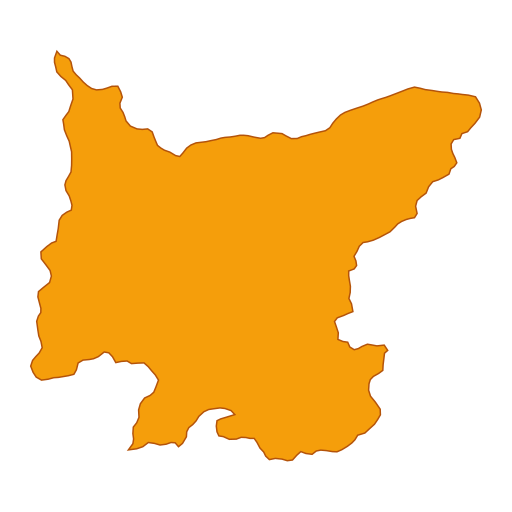 Santa Cruz de Salinas, Minas Gerais, Brazil
{"feature_id": "56859067B16259382882532", "entity_name": "Santa Cruz de Salinas", "entity_type": "district", "adm_level": 2, "iso_a3": "BRA", "parent_name": "Brazil", "parent_adm1": "Minas Gerais", "projection": "mercator", "projection_center": [-41.791, -16.046], "detail": "fine", "context": "isolated", "style": "filled", "palette": "amber", "viewbox_px": 512, "rotation_deg": 0, "n_neighbors": 0, "source": "geoboundaries", "source_scale": "gbopen_adm2", "svg_char_len": 4124}
<svg xmlns="http://www.w3.org/2000/svg" viewBox="0 0 512 512"><path d="M475.5,96.8L468.3,95.1L462.4,94.5L458.2,93.9L453.5,93.5L447.6,92.4L441.8,92.0L437.6,91.4L432.1,90.5L425.2,89.6L420.4,88.3L414.5,87.1L408.0,88.9L402.7,91.0L395.2,93.9L389.7,96.0L385.8,97.4L381.8,98.6L377.8,99.9L372.7,102.0L368.6,103.9L363.1,106.1L356.6,108.2L350.4,110.3L344.9,112.4L340.5,115.0L336.3,119.0L332.8,123.2L329.9,127.7L325.5,130.7L319.3,132.1L314.3,133.3L310.0,134.4L305.9,135.7L301.5,136.7L297.3,138.5L291.3,138.6L285.8,135.8L282.0,133.6L277.7,133.2L272.9,132.8L268.0,135.3L264.6,137.6L260.6,138.3L254.0,137.1L248.0,135.7L243.9,135.3L239.8,135.3L235.4,136.2L230.1,137.0L225.0,137.4L220.9,138.1L216.1,139.6L211.0,140.6L206.0,141.7L196.0,142.9L190.9,145.0L186.7,148.1L182.9,153.0L179.8,156.5L175.6,155.6L169.8,152.1L164.4,150.2L160.9,148.1L157.5,145.4L155.7,141.2L154.0,137.0L152.2,131.9L147.7,128.9L142.3,129.4L137.0,128.9L130.4,126.1L126.0,120.9L124.7,116.7L123.0,112.4L120.2,108.0L119.9,103.2L122.3,97.2L120.7,91.9L117.8,86.2L111.9,86.3L107.2,88.0L102.6,89.4L96.5,89.9L91.6,88.5L87.1,85.5L83.2,82.0L79.7,78.1L76.1,74.7L73.1,71.1L71.9,66.5L71.0,62.1L68.9,58.6L64.9,56.3L60.3,55.2L56.9,51.3L54.5,58.0L54.5,62.3L55.7,66.9L56.8,71.9L60.9,76.5L65.7,80.4L68.5,84.6L72.4,89.8L73.0,99.0L70.8,105.3L68.8,111.6L66.0,115.3L62.9,119.7L63.7,124.5L64.4,129.8L66.7,135.7L69.2,141.2L70.4,146.6L71.6,151.8L71.7,159.0L71.6,165.4L71.0,172.0L68.4,176.7L66.0,180.7L64.9,184.9L66.0,190.6L69.2,195.9L70.9,201.0L72.0,205.3L71.3,210.1L66.7,212.2L62.2,215.4L59.2,220.2L58.2,228.9L57.2,234.5L56.1,241.3L51.6,243.0L46.8,246.6L40.9,251.9L41.3,258.8L45.9,264.8L50.1,270.5L51.4,276.1L49.6,282.5L43.0,287.8L38.5,291.6L37.9,296.9L39.5,303.1L40.9,308.4L40.8,312.6L38.4,316.1L36.7,321.3L37.9,330.2L38.8,335.9L41.0,341.5L42.2,347.7L39.2,353.0L35.8,356.6L32.6,360.4L30.7,366.1L33.1,372.3L36.2,377.1L41.5,380.1L48.2,379.2L53.7,377.7L58.3,377.4L63.1,376.6L68.4,375.7L73.9,374.3L76.4,369.8L78.1,363.0L83.0,360.1L89.4,359.5L93.6,358.7L98.4,356.6L104.2,352.0L108.8,352.8L112.5,356.7L115.8,362.6L121.4,361.4L127.1,361.0L131.5,363.6L137.9,363.1L144.0,362.9L148.3,366.7L151.4,370.5L155.3,374.9L158.5,380.1L156.0,386.8L153.8,392.2L150.2,395.4L144.6,398.0L140.4,403.7L138.6,409.9L139.0,417.3L136.7,422.8L133.3,427.1L132.9,433.6L133.6,439.0L132.9,443.7L128.4,449.9L136.6,448.8L142.8,446.7L148.3,442.5L154.5,443.4L160.0,445.0L166.1,444.2L171.0,442.5L175.2,442.8L178.5,446.7L182.5,443.4L186.4,436.8L186.7,431.8L188.8,427.6L192.7,424.6L196.0,421.0L198.8,416.4L203.9,411.7L208.7,409.5L213.4,408.8L220.0,407.9L225.0,408.5L231.1,410.6L234.8,414.6L226.7,417.1L220.7,418.9L217.0,420.7L216.3,426.1L217.0,431.8L218.9,435.9L223.3,436.6L229.3,439.3L236.3,439.1L241.2,437.3L245.9,437.5L250.0,438.4L254.2,438.4L257.0,442.4L260.0,448.1L263.7,452.0L265.7,456.1L269.4,459.6L275.3,458.4L282.0,459.1L287.3,460.7L292.5,460.0L296.8,455.2L300.8,451.6L305.9,453.5L312.1,454.3L316.3,451.0L320.7,450.1L326.4,450.6L332.4,451.6L337.0,451.8L341.8,449.7L347.4,446.3L351.8,443.0L354.9,439.8L357.7,435.2L364.9,433.0L369.2,429.0L374.5,424.2L377.8,419.3L380.4,414.8L380.2,409.2L375.4,402.2L370.5,396.2L368.6,390.2L369.0,383.8L370.3,379.6L373.4,376.4L378.7,373.4L382.8,370.4L383.1,364.7L383.9,358.3L384.5,353.2L387.7,350.4L384.2,345.1L376.9,345.9L372.1,345.0L367.4,344.2L361.9,346.5L358.3,348.6L354.2,349.7L349.8,347.0L347.7,342.2L342.9,341.5L337.9,339.4L338.3,332.8L336.1,326.1L334.5,321.5L337.3,317.8L343.6,315.5L348.0,313.5L352.9,311.6L351.5,303.8L348.9,298.5L350.2,292.5L350.4,286.3L349.4,280.4L348.7,275.8L348.7,271.0L354.2,268.9L356.6,265.5L355.9,260.9L354.0,256.3L356.9,251.5L359.3,246.2L363.1,242.5L367.6,241.8L373.2,240.2L379.3,237.5L384.2,234.9L390.0,231.8L395.0,226.9L397.7,223.9L401.7,221.4L406.2,219.5L410.3,218.4L414.5,217.7L417.1,213.5L415.6,206.2L417.1,200.5L421.0,196.9L426.1,193.1L428.6,186.8L432.7,181.7L438.3,179.9L443.4,177.3L449.0,174.1L450.8,168.8L454.2,166.5L456.8,162.8L454.8,157.5L452.8,153.4L451.4,149.3L451.1,144.0L453.7,139.6L459.9,138.3L461.9,133.6L467.6,131.7L470.7,127.9L474.9,123.4L479.6,117.2L481.3,109.9L479.5,103.2L475.5,96.8Z" fill="#f59e0b" stroke="#b45309" stroke-width="1.5"/></svg>